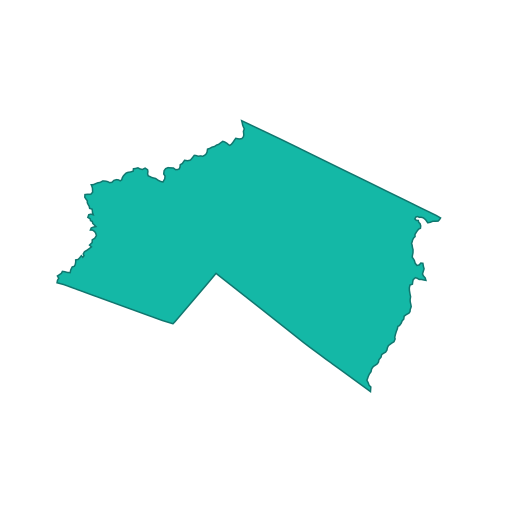 the district of Anagé, Bahia, Brazil, rotated 38°
{"feature_id": "56859067B63305448171139", "entity_name": "Anagé", "entity_type": "district", "adm_level": 2, "iso_a3": "BRA", "parent_name": "Brazil", "parent_adm1": "Bahia", "projection": "orthographic", "projection_center": [-40.955, -14.609], "detail": "fine", "context": "isolated", "style": "filled", "palette": "teal", "viewbox_px": 512, "rotation_deg": 38, "n_neighbors": 0, "source": "geoboundaries", "source_scale": "gbopen_adm2", "svg_char_len": 3764}
<svg xmlns="http://www.w3.org/2000/svg" viewBox="0 0 512 512"><g transform="rotate(38 256 256)"><path d="M404.9,170.6L402.8,169.1L400.2,168.6L398.3,167.7L397.2,164.9L396.3,162.6L394.4,161.2L392.0,159.0L390.2,160.1L390.1,162.6L388.6,164.4L385.7,163.6L383.5,162.0L381.6,161.3L379.9,160.8L378.9,159.2L377.7,156.8L375.9,154.4L374.1,153.0L372.3,151.3L370.8,150.3L370.3,148.6L369.5,146.9L369.1,144.5L369.4,142.8L368.0,141.2L367.6,137.6L367.6,134.7L368.5,132.9L367.3,130.9L365.4,129.5L363.5,129.3L362.0,128.1L360.5,129.2L358.3,129.0L358.0,126.7L359.2,125.3L360.9,125.0L362.2,123.8L364.4,122.9L367.3,123.0L370.9,124.1L372.6,122.1L373.9,119.8L376.3,117.9L378.0,116.4L378.2,114.4L378.0,112.4L372.9,113.1L355.2,116.9L338.2,120.4L318.5,124.6L313.1,125.7L300.6,128.3L284.5,131.7L278.1,133.1L225.8,144.1L222.2,144.8L219.5,145.4L217.5,145.8L213.4,146.7L207.2,148.0L201.2,149.3L161.4,158.2L163.1,159.5L164.7,160.9L166.3,161.9L168.5,163.0L169.3,165.5L170.6,166.8L171.9,168.2L172.7,169.9L172.6,172.2L170.9,174.0L169.5,174.8L167.6,175.7L167.7,178.2L167.9,180.9L167.8,183.2L167.3,185.0L165.6,185.2L163.7,185.1L161.2,185.4L159.2,186.1L158.6,188.2L157.8,191.1L156.7,192.7L155.9,195.2L154.3,197.3L153.3,199.7L152.0,201.6L153.5,204.3L153.9,206.4L153.5,208.3L152.6,210.3L150.9,211.1L149.0,213.0L146.8,213.8L145.4,214.7L145.4,217.5L145.3,220.8L143.4,223.1L140.8,224.5L140.9,226.5L141.0,228.5L140.1,230.7L141.3,232.6L141.9,234.5L141.0,236.2L139.4,237.5L136.8,237.5L135.3,238.5L133.9,239.5L132.3,240.5L131.0,242.8L131.1,245.4L132.8,248.2L135.1,249.0L136.6,251.4L137.1,255.0L134.9,256.0L132.2,256.6L129.2,256.7L126.8,257.8L125.2,258.4L123.5,258.7L121.7,259.2L120.1,258.1L118.8,256.0L117.5,254.8L114.5,255.0L113.2,257.8L110.9,258.8L108.7,259.2L107.1,261.3L105.7,262.7L107.0,264.7L105.3,267.2L103.6,268.9L102.6,270.6L102.3,272.8L102.2,274.7L102.5,276.7L103.3,278.7L102.7,280.4L100.8,280.7L99.1,281.7L97.5,283.9L97.1,286.7L95.5,288.3L93.4,288.7L91.6,289.5L89.1,291.1L87.9,293.9L86.2,295.8L85.0,297.9L83.9,299.9L82.3,301.3L84.1,302.3L85.5,303.4L86.7,304.8L88.0,306.3L87.8,309.1L85.0,311.3L83.4,312.9L84.9,315.1L86.9,315.8L89.0,316.3L90.3,317.9L92.1,318.8L93.9,319.5L95.6,320.9L98.0,320.0L99.2,321.1L100.6,322.6L102.4,323.7L100.2,324.6L98.8,326.4L99.7,329.1L102.5,328.8L103.8,330.0L105.8,329.6L107.3,330.8L109.1,331.0L111.7,331.4L110.1,333.3L108.9,335.3L109.5,337.5L111.3,336.2L113.8,336.1L115.6,336.7L117.7,338.2L118.0,341.3L117.0,344.1L118.6,346.2L118.1,349.9L120.7,350.1L120.2,352.2L119.3,355.4L118.2,358.2L118.6,360.8L120.3,361.6L120.3,363.7L118.2,363.3L118.2,365.7L118.0,368.2L116.3,370.1L117.6,371.7L118.8,374.0L119.2,375.9L117.9,377.8L118.6,381.1L119.8,383.5L117.3,385.2L114.8,386.2L112.9,387.3L113.3,389.4L112.5,392.0L111.8,394.0L114.3,395.0L114.5,397.3L115.7,399.6L122.0,396.9L150.6,387.7L170.9,381.1L178.0,378.8L187.2,375.8L221.9,364.5L232.3,360.5L232.6,357.8L234.8,306.6L235.2,294.3L237.4,294.3L292.8,294.5L323.6,294.7L336.8,294.8L346.6,294.9L354.1,294.8L368.3,294.4L374.6,294.3L380.5,294.0L382.8,294.0L392.4,293.6L411.1,293.0L425.6,292.5L429.7,292.4L427.1,288.5L424.8,288.3L422.4,286.8L419.8,285.6L419.3,283.7L418.6,281.8L418.0,279.2L417.9,276.4L416.6,273.7L416.5,270.9L417.5,267.9L418.0,266.2L417.8,264.1L416.7,262.0L416.8,258.7L415.7,256.3L416.4,254.2L417.3,252.0L417.1,249.6L416.0,247.3L415.5,245.0L416.6,241.1L417.5,238.6L416.7,235.7L415.4,234.7L414.2,232.1L413.0,229.0L412.2,226.3L411.1,224.1L411.9,222.5L411.8,219.6L411.1,217.1L411.3,214.8L409.8,212.2L410.5,209.7L411.7,206.8L411.6,205.0L410.5,203.3L409.5,200.4L408.1,199.1L405.8,197.2L404.3,195.5L402.9,192.9L400.8,191.2L398.1,188.7L396.5,186.8L395.2,184.1L396.6,181.9L395.3,179.7L394.4,177.8L395.0,174.9L396.7,174.3L399.0,174.0L400.9,172.6L403.2,171.5L404.9,170.6Z" fill="#14b8a6" stroke="#0f766e" stroke-width="1.5"/></g></svg>